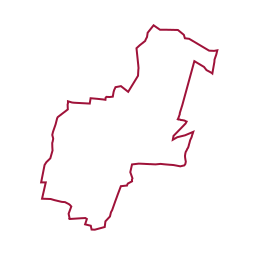 Mayapán, Yucatán, Mexico, rotated 6°
{"feature_id": "50627088B30378888459240", "entity_name": "Mayapán", "entity_type": "district", "adm_level": 2, "iso_a3": "MEX", "parent_name": "Mexico", "parent_adm1": "Yucatán", "projection": "natural_earth1", "projection_center": [-89.174, 20.492], "detail": "fine", "context": "isolated", "style": "outline", "palette": "rose", "viewbox_px": 256, "rotation_deg": 6, "n_neighbors": 0, "source": "geoboundaries", "source_scale": "gbopen_adm2", "svg_char_len": 2284}
<svg xmlns="http://www.w3.org/2000/svg" viewBox="0 0 256 256"><g transform="rotate(6 128 128)"><path d="M179.5,32.9L175.2,32.8L173.8,29.5L167.4,25.3L157.8,26.1L149.5,26.9L142.7,23.2L137.6,31.2L137.4,35.5L136.3,38.3L136.0,39.6L131.0,44.5L128.1,47.8L131.7,64.7L131.8,65.3L132.2,67.3L132.2,69.3L132.5,75.0L124.4,92.0L116.6,87.1L111.3,88.7L110.9,90.0L110.3,91.6L109.9,93.7L109.6,98.4L106.6,99.1L103.3,99.3L102.6,100.2L102.6,102.3L100.2,102.2L99.1,102.2L98.0,102.2L95.7,102.2L94.2,102.2L87.7,102.3L87.4,107.7L71.9,108.5L69.7,108.5L65.5,107.7L65.7,109.5L65.5,111.1L65.7,112.4L66.2,115.8L57.0,124.5L56.5,125.8L55.6,132.0L53.8,139.7L53.4,142.8L54.7,146.3L54.7,146.9L54.5,149.4L54.2,150.8L54.7,154.7L55.3,158.3L53.9,166.3L50.4,170.5L48.9,173.5L47.3,191.2L51.9,190.7L49.9,207.3L58.5,206.7L62.3,207.4L69.9,208.4L73.1,208.3L77.2,209.9L78.3,210.6L79.8,212.0L77.9,219.5L79.2,223.4L79.0,224.3L79.5,224.6L91.1,222.6L95.0,222.0L96.6,222.8L95.4,228.3L101.2,229.1L102.4,232.8L105.6,232.6L115.2,228.9L115.3,223.2L119.3,217.9L119.8,214.1L120.0,213.2L120.8,211.4L123.1,201.8L124.0,198.3L124.7,195.4L127.0,186.6L127.5,186.5L129.8,186.0L132.5,185.4L132.9,185.4L133.6,183.3L137.6,180.6L137.3,179.0L137.7,177.6L134.9,171.7L135.8,163.8L142.5,162.3L145.5,162.1L152.8,161.7L153.8,161.6L157.7,161.4L159.2,161.3L164.1,160.3L166.2,160.3L168.3,160.3L173.3,160.2L175.5,160.1L177.4,160.1L183.4,160.6L183.9,160.7L187.9,159.3L188.5,158.3L188.7,158.0L188.8,157.5L189.0,155.6L189.0,155.4L188.8,154.7L188.4,153.4L188.2,152.6L187.9,151.5L187.6,149.8L187.6,149.3L187.7,147.2L187.8,146.5L188.0,145.4L188.5,144.5L188.9,143.3L189.2,142.4L189.6,141.7L189.8,141.3L190.0,140.5L190.1,139.8L190.3,139.0L190.3,138.3L190.6,136.9L190.8,135.6L190.9,134.9L191.1,133.6L191.3,133.1L191.6,132.1L192.0,131.1L192.3,130.0L192.4,129.3L192.5,128.4L192.9,127.0L193.3,125.0L185.5,129.3L178.0,132.0L173.8,135.0L174.1,131.1L184.8,117.5L185.6,115.5L185.1,115.4L184.3,115.0L182.9,114.6L182.3,114.6L181.5,114.5L180.6,114.5L179.6,114.5L179.2,114.3L178.6,114.2L177.5,114.3L176.6,114.1L177.1,112.7L178.1,108.6L177.9,108.0L179.6,99.6L187.0,54.6L197.2,59.3L200.0,62.2L203.2,63.5L204.8,64.2L205.3,64.4L206.2,65.0L206.4,61.9L207.0,53.3L206.9,50.9L208.1,45.8L208.7,41.4L205.6,42.3L200.6,42.6L179.5,32.9Z" fill="none" stroke="#9f1239" stroke-width="2"/></g></svg>